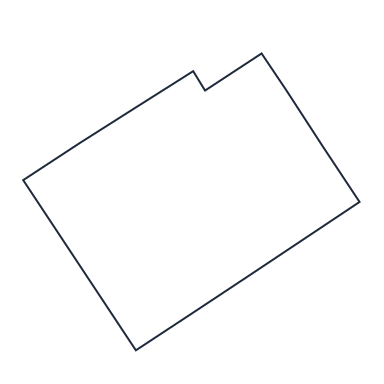 Noble, Indiana, United States of America, rotated 147°
{"feature_id": "52423323B7904044051324", "entity_name": "Noble", "entity_type": "district", "adm_level": 2, "iso_a3": "USA", "parent_name": "United States of America", "parent_adm1": "Indiana", "projection": "orthographic", "projection_center": [-85.476, 41.395], "detail": "fine", "context": "isolated", "style": "outline", "palette": "slate", "viewbox_px": 384, "rotation_deg": 147, "n_neighbors": 0, "source": "geoboundaries", "source_scale": "gbopen_adm2", "svg_char_len": 313}
<svg xmlns="http://www.w3.org/2000/svg" viewBox="0 0 384 384"><g transform="rotate(147 192 192)"><path d="M58.2,270.3L125.8,270.0L125.2,292.7L191.4,293.5L259.4,294.2L327.1,293.9L325.3,89.8L258.7,90.2L191.6,90.8L56.9,92.4L57.5,159.7L57.5,226.4L58.2,270.3Z" fill="none" stroke="#1e293b" stroke-width="2"/></g></svg>